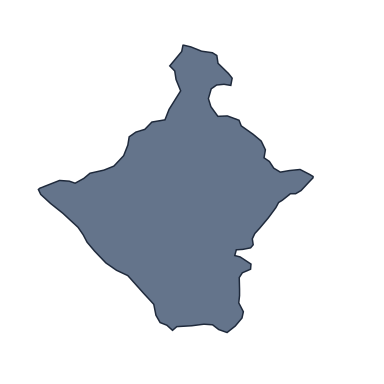 Vetlanda, Jönköping, Sweden, rotated 310°
{"feature_id": "70781695B55162633112415", "entity_name": "Vetlanda", "entity_type": "district", "adm_level": 2, "iso_a3": "SWE", "parent_name": "Sweden", "parent_adm1": "Jönköping", "projection": "orthographic", "projection_center": [15.247, 57.391], "detail": "fine", "context": "isolated", "style": "filled", "palette": "slate", "viewbox_px": 384, "rotation_deg": 310, "n_neighbors": 0, "source": "geoboundaries", "source_scale": "gbopen_adm2", "svg_char_len": 1420}
<svg xmlns="http://www.w3.org/2000/svg" viewBox="0 0 384 384"><g transform="rotate(310 192 192)"><path d="M281.7,274.7L281.1,270.9L278.7,260.3L271.0,252.8L264.0,246.9L262.8,239.3L265.1,231.7L264.5,225.2L271.5,221.1L275.5,212.3L275.5,201.8L274.3,187.2L277.2,181.9L273.0,170.2L266.6,163.2L269.5,151.6L274.1,144.5L283.4,140.4L289.8,142.1L295.1,147.3L298.6,153.2L305.0,149.6L306.2,143.8L307.3,129.2L312.5,123.3L311.8,118.1L306.0,108.8L302.4,97.8L298.9,90.8L299.1,90.5L293.0,93.8L274.3,93.9L273.6,101.0L267.9,107.5L262.2,118.3L240.6,121.3L229.9,124.9L219.8,116.3L209.7,115.6L201.8,110.5L193.9,108.4L186.7,112.7L175.9,116.3L161.6,115.5L152.2,110.5L140.8,101.8L132.9,100.4L123.6,96.8L121.4,91.0L115.7,83.1L105.0,77.3L97.1,73.0L95.2,72.7L92.9,77.7L92.3,91.0L92.7,106.7L92.2,116.8L91.7,127.4L89.3,136.1L86.1,143.9L84.1,155.4L82.3,171.6L83.5,184.5L86.7,196.5L83.3,220.1L81.4,234.9L74.4,243.6L71.5,251.5L73.8,258.4L73.5,266.0L79.1,266.9L89.5,277.9L98.4,286.1L103.5,293.1L103.8,300.9L106.9,309.2L117.1,311.3L127.6,311.3L133.3,308.3L137.1,299.1L143.1,295.1L148.1,290.9L155.0,284.8L156.8,283.2L162.5,282.5L170.5,286.5L174.7,283.5L173.2,270.6L170.8,265.6L176.2,263.1L180.7,267.8L186.9,272.8L190.9,272.8L194.9,268.3L200.6,266.8L207.6,267.1L221.0,267.1L233.9,266.3L239.6,265.1L243.9,266.5L254.0,268.5L257.3,272.5L263.2,274.6L274.4,275.2L280.6,275.6L281.7,274.8L281.7,274.7Z" fill="#64748b" stroke="#1e293b" stroke-width="1.5"/></g></svg>